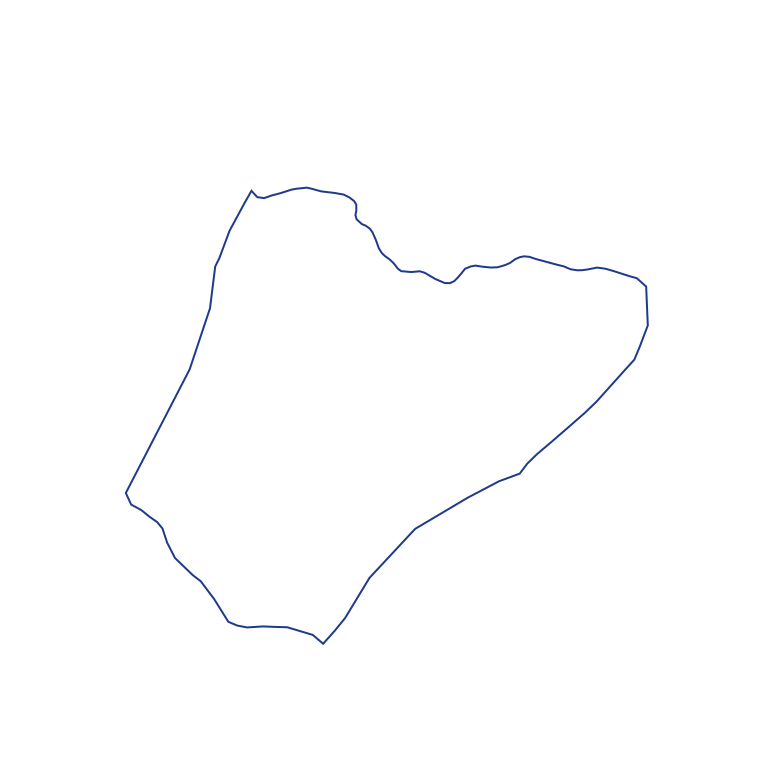 San Cristóbal Cucho, San Marcos, Guatemala (orthographic projection), rotated 251°
{"feature_id": "79465075B28404659355934", "entity_name": "San Cristóbal Cucho", "entity_type": "district", "adm_level": 2, "iso_a3": "GTM", "parent_name": "Guatemala", "parent_adm1": "San Marcos", "projection": "orthographic", "projection_center": [-91.762, 14.885], "detail": "fine", "context": "isolated", "style": "outline", "palette": "blue", "viewbox_px": 768, "rotation_deg": 251, "n_neighbors": 0, "source": "geoboundaries", "source_scale": "gbopen_adm2", "svg_char_len": 1486}
<svg xmlns="http://www.w3.org/2000/svg" viewBox="0 0 768 768"><g transform="rotate(251 384 384)"><path d="M390.8,663.6L401.7,657.5L405.9,651.4L415.7,638.3L420.8,631.1L424.7,623.4L426.0,613.9L427.1,608.4L428.6,603.7L431.8,597.7L436.6,592.4L441.4,585.0L452.8,568.2L456.9,562.9L459.1,558.0L459.7,553.9L459.3,548.7L457.4,542.4L457.0,536.8L457.4,529.3L459.4,522.8L463.1,514.8L466.2,509.0L466.9,504.3L466.6,498.2L463.4,493.2L460.6,488.4L458.4,484.0L457.9,479.2L459.7,474.3L466.5,466.8L471.0,462.9L475.9,458.7L478.9,454.6L481.0,446.2L485.1,437.0L488.4,434.7L494.9,432.5L499.9,429.9L504.6,426.6L508.5,424.6L514.0,423.3L522.8,423.2L526.6,422.9L531.1,422.5L535.5,421.2L539.8,418.1L542.4,415.1L548.7,411.7L553.0,412.0L557.0,414.3L562.7,416.2L566.7,415.3L571.6,412.1L576.2,407.6L580.6,399.7L586.6,387.3L592.3,379.0L594.8,374.9L597.2,364.4L597.9,359.6L598.1,348.7L598.8,339.4L598.8,331.2L601.9,325.0L609.8,321.6L600.2,310.7L579.1,287.8L556.5,269.2L550.1,262.7L512.2,244.1L461.1,205.0L365.0,104.4L352.3,105.7L343.6,113.6L334.9,119.0L327.2,124.6L319.5,127.5L304.7,127.3L287.6,129.7L265.8,140.8L257.2,146.5L235.9,153.4L209.8,159.4L203.3,166.7L198.4,175.3L194.2,190.6L189.5,202.7L185.5,213.3L177.6,224.3L170.0,234.9L158.2,241.9L166.9,257.4L175.5,271.2L205.4,307.1L236.9,366.3L249.3,426.4L254.6,461.1L255.1,483.2L262.1,493.6L268.0,506.1L274.0,521.6L283.3,544.8L291.3,564.4L298.1,579.1L320.4,619.2L325.5,628.6L336.3,638.2L353.5,652.5L390.8,663.6Z" fill="none" stroke="#1e3a8a" stroke-width="2"/></g></svg>